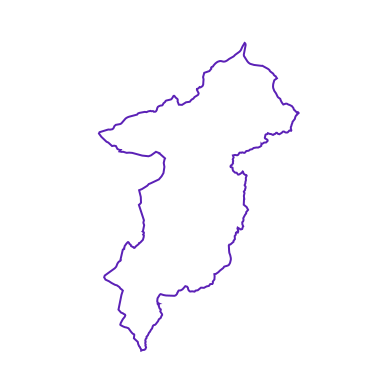 the district of Sarolangun, Jambi, Indonesia, rotated 325°
{"feature_id": "22746128B44731308508060", "entity_name": "Sarolangun", "entity_type": "district", "adm_level": 2, "iso_a3": "IDN", "parent_name": "Indonesia", "parent_adm1": "Jambi", "projection": "albers", "projection_center": [102.678, -2.332], "detail": "fine", "context": "isolated", "style": "outline", "palette": "violet", "viewbox_px": 384, "rotation_deg": 325, "n_neighbors": 0, "source": "geoboundaries", "source_scale": "gbopen_adm2", "svg_char_len": 6048}
<svg xmlns="http://www.w3.org/2000/svg" viewBox="0 0 384 384"><g transform="rotate(325 192 192)"><path d="M161.0,94.1L159.2,92.8L158.1,92.4L150.6,90.0L149.3,90.7L149.4,94.8L149.9,97.3L150.8,101.8L151.8,103.5L152.9,108.5L154.8,109.4L156.0,110.7L155.6,114.0L156.8,116.0L157.6,116.6L155.9,117.2L157.4,118.8L158.7,119.6L160.9,122.4L163.1,123.7L165.4,125.6L172.1,133.6L176.9,137.8L179.5,138.5L185.5,138.4L187.4,141.2L187.3,141.5L187.7,141.7L187.6,142.3L189.2,149.0L188.0,149.7L185.5,152.0L183.8,155.6L179.5,160.1L176.1,161.7L172.1,162.7L162.7,161.1L161.2,160.7L159.0,161.2L156.3,161.1L152.7,160.9L149.7,160.2L147.2,166.7L144.1,171.5L142.9,171.9L141.1,172.1L136.4,187.6L134.8,189.0L134.4,189.6L133.8,191.7L129.4,195.9L128.9,196.0L129.4,197.5L128.6,198.5L127.5,198.9L127.7,199.9L126.6,201.2L124.4,203.0L120.4,203.8L119.3,203.5L119.0,203.9L118.2,204.1L115.0,204.3L113.0,204.8L112.5,204.6L112.4,203.6L112.1,203.4L111.1,201.2L111.5,200.1L111.0,198.7L111.2,197.6L111.1,196.6L110.8,196.3L110.4,196.3L108.6,196.7L105.8,197.7L104.8,198.7L104.1,199.0L103.9,199.7L103.5,199.8L102.3,199.5L94.5,206.5L94.6,206.8L94.2,206.9L94.1,207.2L93.4,207.3L92.0,207.1L90.0,207.8L87.1,209.7L85.0,210.2L72.6,210.4L71.1,211.5L70.9,214.2L72.8,217.5L73.9,220.3L75.6,223.7L77.0,225.5L78.0,228.3L78.0,230.1L78.5,231.5L78.8,233.1L75.2,235.8L64.3,246.2L64.7,250.0L65.9,251.9L66.0,252.6L66.6,253.5L66.8,254.1L66.6,254.8L65.2,255.7L62.4,256.5L58.6,258.4L57.2,259.5L57.1,260.0L58.6,262.9L59.6,264.4L60.6,265.4L61.8,267.2L61.9,272.0L62.2,274.1L62.9,275.3L62.8,275.9L60.5,278.5L61.6,283.7L60.7,285.7L60.2,288.2L60.4,289.3L60.1,290.2L60.1,291.3L59.4,292.8L60.6,293.0L62.6,294.0L63.8,293.9L65.3,292.9L65.7,291.1L66.5,290.5L66.5,290.1L67.1,288.8L68.1,288.2L68.3,287.2L69.5,286.0L71.1,285.5L71.7,284.5L73.6,284.1L76.1,282.6L77.3,282.4L79.2,281.4L81.0,280.9L83.1,279.3L84.1,279.1L85.8,279.6L86.7,279.4L90.2,278.3L91.8,277.3L94.1,277.2L96.0,276.0L97.0,275.6L97.4,274.9L97.5,271.6L98.9,270.6L99.1,270.1L98.7,269.3L98.7,268.7L99.5,265.9L100.1,265.6L100.1,265.4L99.6,264.3L99.9,263.6L100.8,264.1L100.5,263.6L100.8,261.6L102.8,259.3L106.8,257.6L107.8,257.7L109.6,260.1L111.4,261.9L118.0,266.9L118.7,267.1L119.2,267.3L120.9,267.0L121.9,266.5L122.3,266.0L123.2,265.8L123.6,265.4L124.6,265.1L126.3,266.1L128.4,266.3L132.5,265.3L133.7,266.8L133.7,268.1L133.2,269.2L132.9,270.4L133.1,272.0L133.6,272.6L135.1,273.4L137.0,275.1L138.3,274.8L140.4,275.8L144.5,275.5L146.5,277.1L147.0,277.4L149.8,277.7L151.4,278.4L152.1,278.6L154.1,277.9L155.9,279.0L156.4,278.8L157.0,278.4L157.7,277.3L160.2,276.5L162.2,274.0L163.2,272.1L164.7,272.8L167.6,272.8L170.0,272.4L173.9,272.2L175.6,271.6L178.5,272.6L179.8,272.9L180.6,272.8L182.5,271.9L185.0,269.7L185.9,268.4L187.0,265.8L187.7,263.2L188.7,261.4L191.5,256.9L192.3,256.5L193.4,257.0L197.4,256.6L198.1,255.8L200.1,255.2L201.7,252.6L202.9,252.3L203.6,251.8L204.6,250.6L205.6,250.5L206.2,251.5L206.8,251.2L207.6,250.4L207.7,249.5L208.2,249.1L208.2,248.1L209.0,247.4L210.5,250.7L211.9,251.1L213.6,249.7L214.3,249.5L214.7,247.4L215.8,245.6L217.0,245.4L218.2,244.4L218.9,243.0L219.3,242.7L222.4,241.1L224.1,240.6L224.8,239.6L227.7,238.8L228.1,235.7L227.1,232.1L230.9,227.2L231.0,227.3L232.2,225.0L234.4,223.0L234.6,221.5L236.7,220.7L237.1,220.1L238.2,219.4L239.0,218.2L238.9,216.9L239.1,216.5L240.7,215.5L241.4,214.5L243.0,213.2L243.9,211.7L244.5,211.0L246.1,210.0L246.2,209.3L245.5,208.7L244.8,206.6L245.4,204.7L245.3,204.3L243.5,204.8L240.9,204.7L240.2,204.5L239.7,204.1L239.6,201.8L238.4,200.9L237.8,198.2L238.2,196.9L239.1,195.5L239.1,195.2L238.0,193.8L238.1,193.3L238.9,192.6L240.7,192.7L241.7,192.0L242.2,191.9L242.7,190.8L243.6,190.2L244.1,188.6L245.9,187.6L246.5,185.5L248.5,186.3L250.0,187.8L251.3,188.0L253.0,187.2L253.9,187.2L254.8,188.1L255.8,188.3L257.2,189.9L258.0,190.1L260.0,189.6L262.1,190.7L263.9,190.6L265.8,191.4L267.7,191.3L270.1,192.4L271.6,193.5L273.5,193.9L275.2,193.9L276.2,192.7L276.2,192.8L279.4,192.9L281.1,193.9L283.1,193.6L283.6,193.1L283.7,192.4L282.6,190.0L282.7,189.4L285.0,187.3L285.5,187.2L286.8,187.7L287.9,187.3L288.7,188.7L290.1,190.0L291.0,191.6L291.6,191.9L292.6,191.7L293.5,192.1L294.9,191.8L295.5,192.2L295.8,193.7L296.7,194.8L299.3,195.0L301.1,194.7L302.0,195.2L302.7,196.8L303.9,197.8L304.7,198.0L307.1,197.5L308.3,198.7L308.7,198.5L309.5,196.5L310.2,195.5L311.4,194.8L312.1,194.1L313.9,192.9L314.6,192.2L318.2,191.1L319.5,189.9L321.1,189.0L321.9,189.1L322.8,188.4L324.0,188.7L324.6,188.5L324.4,187.9L324.5,187.2L323.6,186.8L323.5,186.5L323.1,185.4L323.2,184.5L322.8,183.7L322.8,182.6L323.2,181.5L323.1,179.0L321.8,176.5L321.1,175.7L320.5,174.3L319.7,173.5L317.0,172.7L316.9,170.3L317.2,168.0L317.7,166.3L316.9,164.0L316.8,163.1L317.4,159.4L317.4,156.3L318.2,153.3L319.0,151.9L320.4,150.2L323.3,147.8L323.8,147.6L326.8,147.6L326.9,145.2L326.5,144.4L326.2,143.0L326.4,141.6L325.4,138.6L325.2,137.4L325.4,136.5L324.9,134.8L322.0,128.9L321.5,128.7L315.7,123.5L313.2,120.4L312.5,118.6L312.3,116.7L312.6,110.3L313.3,109.1L320.2,102.4L320.7,101.5L320.8,100.6L320.6,100.1L316.8,101.8L313.4,103.8L311.6,104.3L306.1,104.4L303.9,104.8L298.7,104.3L296.2,104.4L294.6,104.2L293.6,103.9L292.4,103.1L290.9,101.4L290.1,100.8L288.4,100.2L287.1,100.0L284.9,100.1L282.3,100.7L281.2,101.2L279.7,100.9L278.8,101.3L278.5,102.1L275.6,102.9L270.4,101.4L267.0,104.2L266.1,106.3L262.7,110.5L261.2,111.3L259.0,111.2L258.5,110.4L256.4,110.8L255.2,110.4L254.6,111.1L254.1,114.9L253.0,115.8L252.2,115.9L248.5,115.7L246.6,116.3L245.1,116.1L243.5,116.3L242.2,116.8L241.5,116.6L238.6,115.1L233.8,114.9L231.3,112.9L232.2,109.4L233.1,108.5L233.4,107.4L232.8,105.4L232.7,103.4L232.5,102.9L232.0,102.7L229.0,104.0L227.8,104.1L223.3,102.3L222.6,102.3L221.6,102.8L219.5,103.0L218.0,103.8L217.1,103.9L215.7,103.1L213.8,102.7L212.9,102.7L211.7,103.3L210.2,104.6L208.9,105.2L208.1,105.2L206.8,104.4L206.5,103.4L204.9,102.4L204.6,101.8L202.3,100.8L200.6,100.5L199.3,99.3L194.2,97.0L192.8,96.7L191.4,97.1L183.8,94.3L181.9,93.8L179.8,93.7L173.4,95.3L172.0,95.1L168.1,93.3L166.3,93.5L164.1,94.8L162.8,94.9L161.0,94.1Z" fill="none" stroke="#5b21b6" stroke-width="2"/></g></svg>